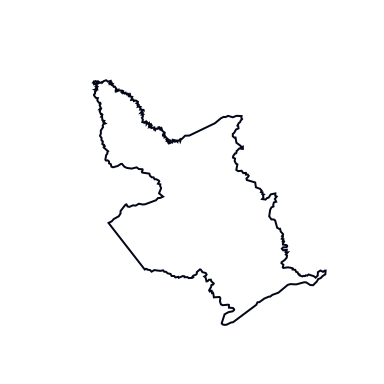 Itamarati, Amazonas, Brazil (Equal Earth projection), rotated 233°
{"feature_id": "56859067B49788887707038", "entity_name": "Itamarati", "entity_type": "district", "adm_level": 2, "iso_a3": "BRA", "parent_name": "Brazil", "parent_adm1": "Amazonas", "projection": "equal_earth", "projection_center": [-67.719, -6.727], "detail": "fine", "context": "isolated", "style": "outline", "palette": "ink", "viewbox_px": 384, "rotation_deg": 233, "n_neighbors": 0, "source": "geoboundaries", "source_scale": "gbopen_adm2", "svg_char_len": 6072}
<svg xmlns="http://www.w3.org/2000/svg" viewBox="0 0 384 384"><g transform="rotate(233 192 192)"><path d="M158.5,107.6L158.4,108.9L157.8,109.6L156.9,109.6L154.9,111.5L152.7,111.8L152.3,114.9L148.1,119.2L146.8,121.8L145.1,121.8L143.9,123.2L141.7,123.6L139.5,125.5L137.2,125.2L135.5,127.3L133.8,127.3L132.5,130.0L131.5,129.8L130.4,134.1L129.2,135.2L128.4,134.8L126.7,137.2L125.3,137.5L123.3,140.4L123.2,141.5L124.1,141.4L124.4,142.4L123.6,145.6L123.8,146.6L125.1,147.6L125.4,151.8L124.6,152.3L121.7,152.1L119.1,154.2L117.3,154.0L116.9,153.1L117.1,151.0L115.6,151.4L111.9,149.8L111.4,150.8L111.7,152.7L110.6,154.3L109.2,153.7L105.9,154.3L105.4,153.3L106.0,151.5L104.7,150.1L103.2,146.5L101.8,146.4L101.9,147.6L101.3,148.3L99.3,147.2L99.1,148.1L98.3,148.0L94.7,146.1L91.6,150.8L90.1,150.7L87.8,148.5L84.8,147.5L83.2,148.3L80.3,153.0L79.6,153.5L77.4,151.9L74.8,154.8L73.3,155.1L72.5,154.8L72.2,152.8L74.1,148.8L74.7,144.4L69.3,136.7L67.9,136.7L66.5,137.8L65.3,139.5L64.2,144.8L63.3,146.4L63.2,175.4L64.5,177.9L63.5,179.5L63.4,185.4L62.2,190.4L61.4,191.5L61.5,194.2L59.6,200.4L60.2,212.5L59.2,215.2L55.5,219.6L52.4,227.3L51.1,228.8L46.5,230.5L44.7,232.6L45.4,237.9L46.5,240.3L45.8,243.1L46.3,246.0L46.0,248.9L48.8,251.4L49.3,250.6L49.4,248.6L52.0,247.3L52.2,244.3L49.6,242.1L49.2,239.2L51.5,238.6L56.0,235.4L55.8,233.8L57.0,232.7L56.8,231.7L58.0,230.4L58.1,229.4L60.8,227.6L61.4,228.3L62.8,227.5L64.3,228.0L65.6,227.1L67.7,227.6L69.6,225.7L70.2,226.5L71.1,226.1L74.1,223.3L76.4,219.2L77.3,219.2L78.9,221.2L81.4,220.6L82.0,221.3L81.9,225.1L82.5,228.0L84.1,229.7L85.6,229.3L86.2,232.1L87.1,230.6L87.8,230.5L88.3,232.4L88.8,232.9L90.6,229.7L92.6,229.6L93.0,231.4L91.1,234.2L91.2,235.2L91.9,235.6L92.7,235.5L95.3,233.0L96.6,233.9L96.9,235.7L97.7,235.8L98.2,235.0L99.3,236.6L100.6,235.6L101.3,237.4L102.0,238.0L102.6,237.5L103.3,239.2L104.0,239.4L106.9,239.0L109.6,240.2L110.1,239.4L112.2,238.5L119.3,241.3L120.8,240.8L122.4,238.9L126.1,239.0L130.8,243.8L131.9,246.2L131.4,248.4L132.7,249.0L134.4,251.1L133.6,253.4L136.6,254.0L137.4,256.9L138.8,256.2L140.7,257.7L142.7,253.5L141.4,249.9L142.0,248.2L141.7,246.2L144.1,243.8L144.6,245.7L146.7,246.8L146.8,247.8L148.1,246.9L149.2,248.1L150.4,247.1L151.0,248.4L153.5,248.3L157.3,245.9L161.6,248.2L168.6,243.0L170.0,243.6L170.4,246.4L170.9,247.1L172.4,247.0L173.5,245.5L174.8,246.5L176.3,244.3L179.1,244.4L180.9,241.4L183.0,240.7L186.8,244.9L188.2,244.2L191.0,244.7L192.8,246.5L194.8,245.4L196.0,246.7L196.9,249.5L196.4,250.2L196.6,251.1L197.8,252.2L198.3,256.1L195.8,258.5L197.6,259.9L198.2,258.1L199.6,258.6L204.6,257.1L209.3,259.5L209.7,258.6L211.9,258.1L213.8,259.5L213.9,261.5L215.4,264.6L214.8,267.4L216.9,268.6L217.6,268.2L218.8,270.5L218.9,272.5L219.8,274.0L220.1,275.9L221.5,276.0L222.8,277.3L226.1,273.3L227.1,269.6L231.1,266.6L231.7,263.8L232.9,262.5L233.5,259.5L233.1,251.8L238.7,223.8L241.1,220.4L240.5,215.9L240.9,215.1L239.7,213.3L241.2,213.9L241.0,212.4L241.8,211.4L240.9,210.6L242.2,210.3L242.4,208.6L244.3,207.8L243.4,205.9L244.8,205.1L244.3,204.0L244.7,202.7L245.5,202.7L245.2,204.0L246.3,204.3L246.2,205.7L247.6,204.7L247.8,204.2L247.2,203.3L247.9,202.6L248.6,204.3L249.4,203.5L249.7,204.3L251.5,204.1L252.1,203.0L252.9,204.1L254.3,204.4L254.6,204.2L254.0,203.1L254.5,202.7L255.5,203.6L255.6,205.2L255.2,205.3L255.8,205.9L258.6,205.1L259.8,205.5L259.5,205.1L260.8,204.3L261.9,205.3L262.2,204.3L263.4,204.9L263.9,204.0L263.2,203.3L263.2,202.5L264.2,201.5L263.6,199.9L264.4,200.0L264.8,199.4L266.3,200.7L267.5,198.1L268.5,198.6L269.1,197.5L269.3,198.8L270.4,197.3L271.1,198.1L270.2,198.5L270.3,200.0L271.0,200.1L271.6,198.4L272.8,199.1L272.7,198.2L274.0,198.1L273.6,196.6L275.2,197.7L275.7,196.2L276.2,196.9L276.4,195.7L277.7,194.4L279.3,196.3L281.4,196.7L281.7,198.1L282.9,198.6L283.1,199.4L284.0,198.4L284.6,200.3L285.7,199.9L286.1,198.9L286.8,201.7L286.1,202.4L286.7,202.7L289.0,200.2L289.5,201.1L290.7,201.2L290.9,202.1L292.2,201.4L292.7,200.1L293.7,201.7L294.4,201.0L295.0,201.8L296.1,201.3L295.9,202.4L296.6,203.1L298.9,202.2L299.6,200.3L301.1,200.8L302.1,198.9L303.9,201.5L305.4,200.2L306.9,201.0L306.5,199.3L307.2,199.2L308.5,200.4L309.2,198.8L310.0,199.2L310.9,197.8L311.5,198.4L312.1,197.0L312.6,197.1L312.7,196.0L314.1,195.8L314.4,197.6L314.8,197.4L317.1,194.8L317.6,192.9L318.1,194.0L318.5,192.6L318.9,193.3L319.3,192.5L320.4,193.7L322.5,193.8L323.1,192.8L323.9,193.1L325.4,192.4L325.9,193.6L327.1,192.0L327.2,193.5L327.8,193.7L328.7,192.0L329.2,193.1L328.7,193.5L329.6,194.0L330.8,191.2L332.9,190.7L333.7,188.2L333.4,185.9L334.1,186.0L334.5,184.2L335.9,183.9L335.1,182.5L336.0,181.4L337.1,182.5L337.2,180.9L337.6,182.1L338.5,181.9L338.7,180.8L339.3,180.4L338.8,178.7L337.7,179.2L337.0,178.7L336.6,179.7L335.3,180.7L334.7,180.4L334.3,178.8L332.9,179.8L332.6,178.9L331.8,178.5L332.9,178.1L332.3,176.9L331.7,177.0L332.1,176.0L330.7,176.8L330.4,174.8L329.1,174.0L328.7,172.3L328.1,171.9L325.0,171.9L323.6,173.3L322.6,171.8L321.4,171.4L318.9,171.5L318.4,172.4L317.4,172.0L317.0,170.5L314.1,169.8L313.7,168.1L313.1,169.0L312.1,166.9L309.2,166.1L308.6,166.9L307.6,166.9L306.8,164.9L306.3,165.5L303.4,163.7L301.6,164.7L301.4,163.3L298.9,164.1L299.6,162.1L298.7,160.5L297.3,160.0L296.0,156.2L293.5,154.4L292.2,152.3L289.6,152.3L287.9,150.9L286.0,151.2L284.4,149.3L282.8,150.1L282.3,149.4L281.1,149.9L280.7,148.3L275.0,149.5L274.8,148.5L273.6,147.4L273.0,145.5L269.9,142.2L268.8,142.3L268.0,143.7L266.3,144.1L264.8,143.0L263.1,143.9L260.7,142.9L259.2,143.9L257.5,148.3L257.2,152.0L256.6,153.0L252.9,153.2L250.4,154.5L247.0,157.9L245.0,162.6L242.3,163.4L240.0,166.1L239.3,165.9L238.3,164.1L237.4,164.0L232.3,169.0L230.3,168.2L228.0,168.7L226.8,170.1L224.7,169.8L223.6,171.2L220.9,172.4L220.2,172.3L219.1,169.8L217.2,171.3L216.0,170.2L213.7,169.7L210.8,164.9L205.7,166.1L206.4,163.0L207.6,161.3L207.1,158.2L210.4,147.2L211.6,145.2L214.6,142.5L215.0,138.9L216.9,136.8L217.8,133.0L219.3,131.8L221.5,132.2L221.9,131.2L219.8,123.5L217.8,121.9L216.7,118.9L217.5,113.3L216.9,110.3L217.5,106.7L158.5,107.6ZM244.3,207.8L243.9,208.8L243.8,209.3L245.1,208.2L244.3,207.8Z" fill="none" stroke="#020617" stroke-width="2"/></g></svg>